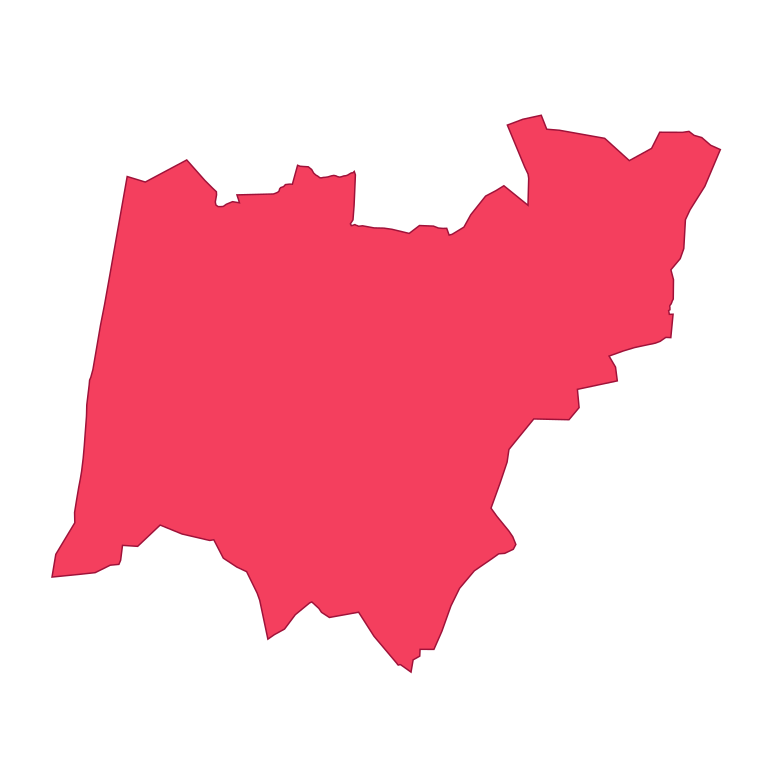 Sule Tankarkar, Jigawa, Nigeria, rotated 276°
{"feature_id": "59680162B44120553871969", "entity_name": "Sule Tankarkar", "entity_type": "district", "adm_level": 2, "iso_a3": "NGA", "parent_name": "Nigeria", "parent_adm1": "Jigawa", "projection": "albers", "projection_center": [9.243, 12.628], "detail": "fine", "context": "isolated", "style": "filled", "palette": "rose", "viewbox_px": 768, "rotation_deg": 276, "n_neighbors": 0, "source": "geoboundaries", "source_scale": "gbopen_adm2", "svg_char_len": 2837}
<svg xmlns="http://www.w3.org/2000/svg" viewBox="0 0 768 768"><g transform="rotate(276 384 384)"><path d="M584.1,306.6L583.4,303.9L583.1,302.0L582.5,300.4L582.4,298.7L583.2,297.4L583.9,296.2L584.7,294.3L586.4,292.0L589.7,289.7L592.1,286.0L591.9,281.6L591.8,277.7L592.5,275.2L573.1,272.0L572.9,269.1L572.0,265.1L569.8,263.5L568.5,260.7L567.1,259.8L565.0,259.5L563.5,258.2L562.3,256.0L561.4,254.1L556.7,218.0L553.3,219.5L552.8,219.8L552.7,219.8L551.8,220.2L551.0,220.5L549.1,221.3L549.5,214.3L546.3,208.4L543.8,205.6L543.4,203.4L543.1,200.4L544.5,198.1L547.4,197.2L554.6,197.7L557.7,197.2L560.9,193.0L567.7,184.6L576.5,175.0L586.2,164.4L559.9,125.5L563.5,106.9L539.3,105.2L508.0,103.0L463.0,99.9L443.6,98.5L433.9,97.8L412.6,95.9L367.9,93.0L360.0,91.7L357.1,90.8L352.2,90.9L332.0,90.6L323.4,91.3L320.4,91.5L300.4,92.1L291.1,92.4L278.9,92.6L265.6,92.4L257.6,91.9L249.3,91.2L236.8,90.4L223.9,89.7L213.7,91.0L180.3,75.4L157.3,74.0L162.8,100.7L166.2,116.5L175.2,130.7L176.9,139.2L181.2,140.5L196.2,140.8L196.8,156.0L220.3,176.1L213.7,198.8L211.1,219.8L210.7,222.7L210.2,227.1L211.3,231.0L202.8,236.6L194.0,242.4L186.5,256.9L183.0,267.0L162.8,279.7L155.9,283.0L118.1,295.2L123.3,301.2L129.9,310.7L145.3,319.9L158.5,332.9L159.7,335.0L154.0,342.7L150.4,345.7L146.1,354.1L154.4,382.6L132.1,400.4L107.1,426.4L106.3,426.9L106.0,427.8L106.5,429.0L106.6,429.8L100.3,441.0L112.7,441.8L117.1,448.0L123.9,447.6L125.3,461.4L144.1,467.4L170.4,473.8L188.7,480.5L207.7,493.4L221.9,510.0L227.1,515.8L228.2,521.8L233.2,529.9L238.2,531.9L245.6,528.0L250.9,523.5L264.1,510.2L271.7,503.4L298.1,509.9L319.2,514.6L332.0,515.1L345.4,523.8L364.9,536.6L367.8,571.7L380.9,580.5L398.9,576.9L411.5,615.7L425.0,612.5L435.3,604.9L441.9,618.6L446.4,629.3L449.1,637.5L453.0,649.6L455.3,654.2L458.1,657.4L459.8,659.4L460.1,664.4L483.6,664.2L483.1,660.5L486.8,659.4L487.7,660.6L490.2,660.3L491.1,660.0L492.0,660.1L493.5,661.1L495.3,661.7L496.5,661.9L498.7,662.8L518.0,661.0L527.6,657.4L535.0,662.4L539.6,665.5L550.0,668.0L578.9,666.6L589.3,670.2L614.1,682.4L652.3,694.0L655.6,683.9L662.3,674.3L663.7,666.4L667.1,660.9L665.5,654.7L663.2,631.9L646.3,625.5L631.8,604.6L651.4,577.8L654.7,531.9L654.4,519.2L667.7,512.3L661.8,494.4L654.4,479.6L614.6,501.2L607.9,505.3L603.7,506.4L576.8,508.5L593.7,482.5L588.0,475.1L581.5,465.4L561.4,452.6L548.4,447.1L540.0,436.1L538.9,433.2L545.4,430.1L544.9,426.4L544.8,421.9L546.2,416.7L545.3,402.7L536.4,393.3L538.7,375.7L539.0,367.7L538.2,357.9L539.1,346.1L538.2,342.2L538.7,341.0L539.0,339.5L539.5,338.4L539.3,337.8L538.5,336.4L538.1,334.9L539.1,334.4L539.7,333.8L544.0,336.0L558.1,335.6L566.5,335.1L589.0,333.7L592.3,332.2L590.8,331.0L590.5,329.4L589.4,327.9L587.9,325.9L587.2,324.4L586.7,322.2L585.9,320.5L585.1,318.3L585.4,316.0L586.0,314.4L586.2,312.3L585.5,309.9L584.1,306.6Z" fill="#f43f5e" stroke="#9f1239" stroke-width="1.5"/></g></svg>